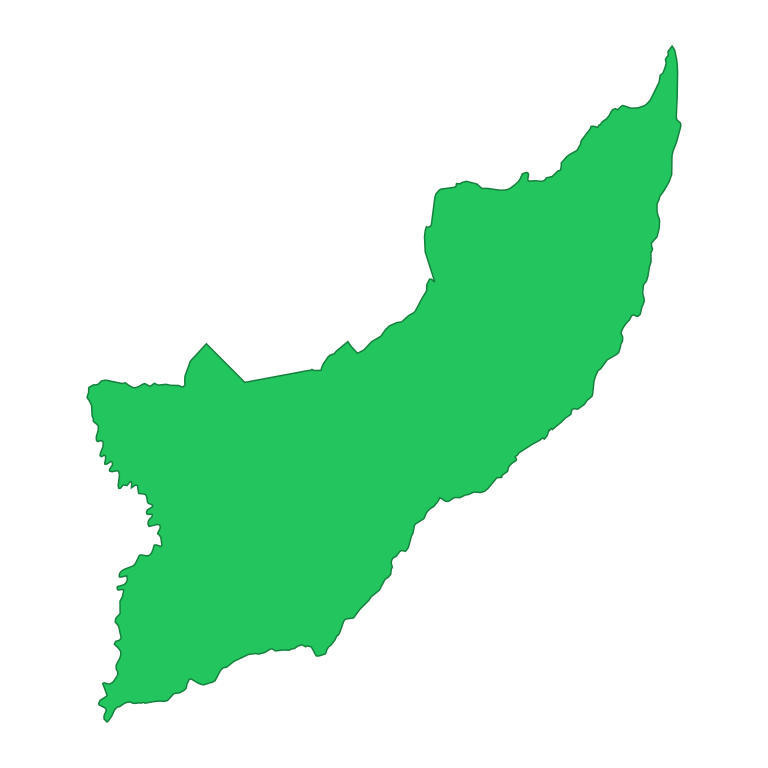 the district of Cachipay, Cundinamarca, Colombia
{"feature_id": "7082276B14405151450824", "entity_name": "Cachipay", "entity_type": "district", "adm_level": 2, "iso_a3": "COL", "parent_name": "Colombia", "parent_adm1": "Cundinamarca", "projection": "robinson", "projection_center": [-74.459, 4.728], "detail": "fine", "context": "isolated", "style": "filled", "palette": "green", "viewbox_px": 768, "rotation_deg": 0, "n_neighbors": 0, "source": "geoboundaries", "source_scale": "gbopen_adm2", "svg_char_len": 6095}
<svg xmlns="http://www.w3.org/2000/svg" viewBox="0 0 768 768"><path d="M496.8,477.8L501.7,477.4L501.8,475.9L502.8,474.8L507.5,471.4L508.7,466.7L511.7,463.5L516.2,460.4L516.5,459.3L515.3,457.0L515.6,456.2L517.4,455.2L518.6,453.1L532.0,444.4L539.5,440.4L542.6,438.0L544.3,439.1L547.1,435.8L548.8,430.4L549.2,430.8L551.5,428.4L552.4,429.5L561.1,422.3L565.6,417.9L570.9,414.3L571.7,410.2L572.6,409.2L574.5,408.7L577.6,409.2L578.3,408.8L584.3,404.5L587.1,400.4L591.9,396.4L592.7,393.8L594.0,381.2L595.8,375.4L598.1,370.6L600.8,368.6L607.1,359.9L616.4,354.5L618.6,352.7L620.6,346.5L620.6,344.9L622.5,341.0L622.7,337.1L620.9,333.0L622.5,328.8L625.6,324.0L629.5,319.9L631.4,316.1L632.3,315.3L633.4,314.9L636.6,316.2L637.9,316.3L640.2,314.3L641.7,307.8L644.2,301.4L644.1,298.9L642.7,293.4L643.4,285.0L646.4,281.1L647.1,278.9L647.9,276.4L649.3,267.2L651.0,262.1L650.9,253.0L652.6,249.1L651.6,246.1L651.4,243.1L657.0,236.9L659.1,228.7L659.6,221.5L659.2,218.5L658.1,216.2L657.0,211.0L657.1,203.7L659.1,199.4L659.7,196.6L664.6,189.7L669.1,181.8L671.7,174.5L672.0,155.6L673.0,151.2L676.4,142.5L680.6,127.1L680.8,125.0L680.4,123.0L676.7,119.6L676.3,116.7L677.2,95.7L677.6,71.9L677.2,64.6L676.7,59.8L674.7,50.1L672.1,46.1L668.0,51.5L668.3,55.3L665.4,59.2L666.2,63.0L665.8,65.3L663.1,72.8L660.1,75.5L659.1,82.2L650.4,99.9L648.2,102.5L645.0,105.5L638.0,107.9L631.0,108.2L623.0,105.5L621.9,105.8L617.5,109.8L615.5,108.7L613.1,109.4L611.3,111.3L609.5,115.0L606.9,118.4L601.6,122.5L600.6,124.3L599.0,125.2L597.6,127.4L593.7,126.2L591.1,126.4L590.1,129.0L581.7,140.0L581.0,141.4L580.5,144.3L577.0,150.4L569.8,154.4L566.6,156.8L561.2,163.1L561.3,165.9L560.6,170.1L557.9,171.0L552.2,176.5L546.4,177.9L544.6,180.3L541.9,181.4L535.1,180.7L528.7,181.1L527.9,180.0L527.8,178.9L528.6,174.2L527.7,172.8L526.4,172.5L522.4,173.8L520.2,178.8L518.2,181.8L513.8,185.7L509.8,188.5L506.7,189.8L504.8,190.1L499.8,190.2L487.4,188.4L481.8,188.4L477.0,184.1L466.4,181.3L461.7,182.6L460.4,183.8L456.5,183.6L456.0,186.3L454.4,187.3L441.0,189.1L439.6,189.8L436.1,193.6L434.9,197.3L431.3,225.0L431.0,225.8L428.8,227.1L426.9,227.3L426.4,226.8L425.3,230.2L424.5,236.6L425.2,251.9L434.6,281.4L434.0,281.8L431.6,279.2L429.5,279.2L426.9,284.5L426.5,291.1L422.0,298.3L415.2,311.3L413.4,312.9L408.6,315.6L401.7,321.9L397.1,322.5L389.4,325.9L385.6,329.5L380.9,336.2L371.5,341.8L364.0,349.9L357.5,353.3L350.8,346.0L347.9,341.6L336.6,350.9L334.1,353.8L330.3,355.1L328.2,356.8L323.3,363.8L321.4,368.4L321.1,370.4L313.9,370.5L311.9,369.4L310.2,370.5L308.2,370.5L244.8,382.4L206.4,343.8L190.4,361.1L185.0,376.1L184.7,381.1L185.0,384.8L183.5,386.6L182.4,387.1L178.5,385.5L170.6,385.3L165.8,384.3L158.2,385.1L154.3,383.3L150.1,386.4L144.8,383.6L143.0,384.1L138.3,386.8L134.9,387.8L132.9,387.5L129.1,385.6L125.4,382.8L122.1,383.5L106.1,380.2L102.5,380.6L100.9,381.4L98.4,384.1L95.3,385.0L93.5,384.8L89.1,387.3L88.7,388.3L88.6,392.7L87.2,396.5L87.3,397.9L89.5,400.9L91.6,405.8L92.1,416.0L93.3,418.6L93.3,421.4L97.9,425.2L98.4,426.2L98.0,431.2L96.3,436.5L96.4,440.1L96.9,441.0L98.3,441.5L100.1,440.7L101.9,441.0L102.7,441.5L103.1,442.6L103.1,446.4L100.6,452.6L100.0,455.7L101.6,456.7L104.1,455.2L105.3,455.7L105.7,458.1L104.7,463.3L104.9,464.2L106.9,464.1L110.6,461.6L111.6,461.7L112.4,462.7L112.4,465.1L109.9,468.7L109.5,469.9L109.7,471.1L112.0,471.7L117.2,470.7L118.7,471.6L119.5,474.7L118.1,485.9L118.9,488.4L120.4,488.3L123.2,484.9L127.0,485.5L129.5,482.4L130.9,481.6L131.7,483.1L131.4,487.8L135.0,485.3L136.8,485.1L137.5,485.9L138.6,493.2L139.1,493.6L143.7,493.9L145.6,494.7L146.8,497.1L147.5,502.2L148.4,503.3L151.8,504.6L152.8,505.7L151.9,507.2L147.5,509.8L146.5,512.1L146.7,513.7L147.7,514.4L151.9,514.3L152.2,514.7L152.2,516.4L148.9,520.0L148.3,521.3L148.0,524.3L149.1,526.4L157.0,524.5L159.6,524.9L160.1,525.9L160.2,528.1L157.9,532.7L157.7,533.8L159.4,535.1L160.8,537.4L161.9,545.0L160.8,546.5L156.3,544.9L154.2,545.1L152.7,550.4L151.2,553.4L150.0,554.9L148.4,555.7L146.2,555.8L141.1,554.9L139.4,555.3L135.3,563.7L134.0,565.1L132.6,566.2L125.3,568.9L121.8,570.8L120.3,572.4L119.4,574.3L119.2,576.1L119.6,577.0L121.0,577.1L126.8,575.8L127.3,579.6L126.8,581.4L125.4,583.6L124.0,584.7L117.6,586.6L117.1,587.4L117.4,589.2L118.2,590.1L122.2,589.5L122.9,589.5L123.7,590.3L122.4,596.8L120.0,601.2L120.1,613.6L116.4,617.6L115.5,619.4L115.2,622.1L118.1,625.3L118.8,626.9L121.1,637.7L120.3,639.4L119.0,640.4L115.8,641.3L114.3,644.2L118.4,648.1L120.6,651.2L120.8,654.4L120.1,657.5L116.1,665.3L116.3,669.3L117.6,671.4L117.8,674.7L115.6,678.4L112.8,682.3L110.1,683.8L108.6,684.2L104.2,682.8L102.7,683.5L107.1,695.2L106.3,696.4L100.1,700.4L98.6,703.5L99.1,704.9L105.1,708.0L106.1,709.3L106.3,710.7L104.4,714.7L103.9,717.0L104.2,719.2L106.9,721.9L107.8,721.6L111.5,716.5L114.7,709.7L117.4,706.9L119.5,706.7L124.5,703.3L128.0,702.1L130.8,702.1L132.6,703.2L136.3,703.4L138.2,702.8L141.2,703.1L143.6,702.3L145.0,703.2L153.2,701.7L159.6,701.0L164.1,701.4L167.6,700.5L173.8,693.6L179.7,692.8L184.1,690.3L186.2,688.2L187.0,684.0L189.1,679.6L191.0,678.9L198.6,683.4L202.2,684.6L203.8,684.8L209.0,683.2L209.9,682.5L211.4,682.7L215.1,680.7L220.5,670.4L223.2,667.8L226.6,667.2L233.9,661.4L248.6,654.4L255.8,653.5L258.9,654.1L264.6,652.5L270.6,649.0L272.5,649.0L275.4,650.9L283.5,650.0L289.1,650.2L292.0,648.8L294.4,648.6L297.9,646.0L299.9,645.6L301.6,644.6L305.6,646.8L307.6,645.8L310.9,646.8L312.2,648.4L316.1,655.8L317.9,656.1L320.2,655.6L325.5,653.8L326.4,651.6L326.6,650.1L328.5,647.1L331.2,644.9L334.9,640.1L336.9,635.8L338.2,635.1L339.4,633.4L343.7,621.5L344.7,619.8L346.2,619.0L353.5,618.0L359.8,609.4L368.9,600.3L371.0,596.9L379.3,590.2L385.0,579.5L388.3,577.1L390.7,574.4L391.3,568.9L392.1,567.8L392.2,566.2L391.3,563.9L391.4,561.3L392.0,559.6L392.9,558.2L396.3,556.2L399.9,551.4L401.9,550.5L405.4,551.3L406.5,550.2L408.4,547.3L411.5,535.9L413.0,533.0L414.3,525.9L415.3,524.1L424.0,518.6L426.4,512.8L429.5,509.1L433.9,506.4L438.4,500.7L439.8,497.6L445.7,501.3L447.7,501.4L449.1,501.1L453.2,498.2L455.1,497.5L459.7,497.7L465.7,494.9L467.9,494.7L474.0,492.1L480.6,492.5L484.6,491.3L488.0,488.5L496.8,477.8Z" fill="#22c55e" stroke="#15803d" stroke-width="1.5"/></svg>